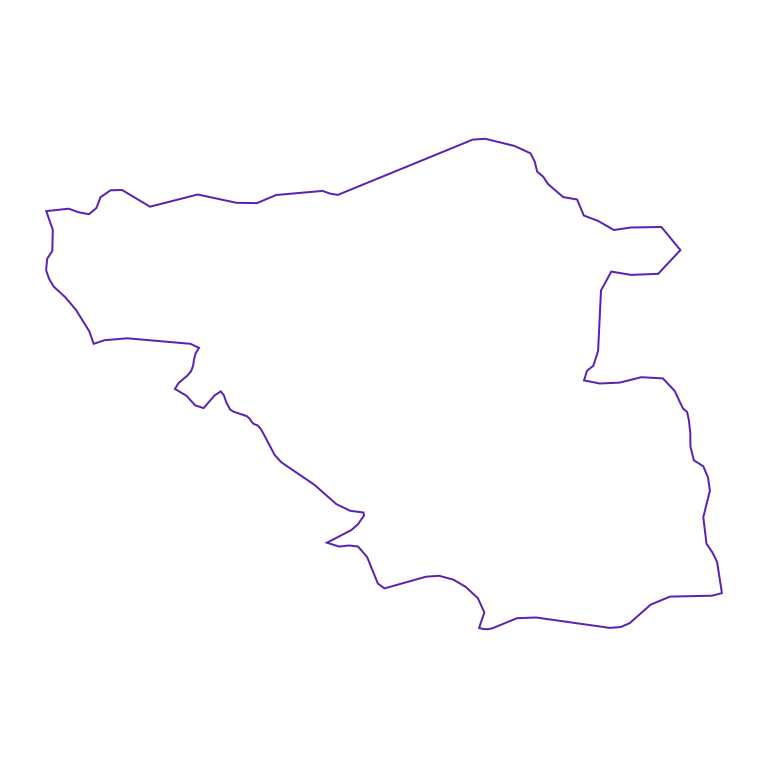 SVG path tracing the border of Samtskhe-Javakheti
{"feature_id": "GEO-3038", "entity_name": "Samtskhe-Javakheti", "entity_type": "Region", "adm_level": 1, "iso_a3": "GEO", "parent_name": "Georgia", "parent_adm1": "", "projection": "mercator", "projection_center": [43.25, 41.511], "detail": "fine", "context": "isolated", "style": "outline", "palette": "violet", "viewbox_px": 768, "rotation_deg": 0, "n_neighbors": 0, "source": "natural_earth", "source_scale": "10m", "svg_char_len": 1706}
<svg xmlns="http://www.w3.org/2000/svg" viewBox="0 0 768 768"><path d="M203.6,408.1L195.1,405.3L186.5,395.8L174.9,388.9L178.7,382.9L187.6,375.4L191.2,371.0L193.1,365.6L194.0,359.6L195.5,353.6L199.0,347.9L190.4,343.8L127.3,338.3L104.5,340.2L95.6,343.2L93.7,343.8L89.2,331.1L75.9,309.8L65.4,297.4L53.5,286.4L49.1,278.8L46.1,270.2L47.2,258.8L52.3,250.8L52.8,229.8L48.3,217.0L46.3,211.1L68.7,208.7L78.7,212.3L89.0,214.2L96.4,208.0L100.5,197.2L110.5,190.3L122.1,190.0L150.0,206.7L197.7,194.5L236.5,202.8L256.9,203.1L276.2,195.0L322.6,190.9L330.3,193.7L337.8,194.9L472.7,139.6L485.3,138.8L514.6,146.0L530.6,153.4L534.8,161.8L537.2,171.7L543.3,176.8L547.8,183.8L563.2,197.1L577.1,199.5L583.8,215.5L598.4,221.1L613.9,230.0L631.0,227.5L661.4,227.0L680.4,250.1L658.2,273.8L631.2,274.9L611.3,271.6L601.0,290.5L598.1,350.9L593.4,365.6L587.0,370.8L584.0,380.4L599.8,383.5L619.7,382.6L641.4,377.2L662.9,378.4L674.7,391.0L682.9,408.4L687.1,412.0L688.9,420.3L690.3,433.2L690.4,446.4L693.9,460.3L703.3,466.3L708.1,477.8L709.9,490.7L703.3,517.2L706.5,543.7L712.4,552.4L717.1,561.9L721.9,593.0L721.7,593.2L711.8,595.7L670.0,596.6L650.7,604.6L629.6,623.2L620.8,627.0L609.7,627.9L536.1,617.5L516.9,618.2L492.6,628.2L488.1,629.2L483.7,629.1L479.1,628.0L484.3,612.4L477.9,598.2L465.7,586.9L453.3,579.6L439.1,575.8L426.0,576.7L384.4,588.4L377.9,583.6L367.1,557.0L358.0,546.5L349.1,545.5L339.1,546.6L326.9,542.7L351.3,530.1L357.9,524.3L364.0,515.6L363.4,512.5L350.2,510.8L336.3,504.1L314.5,484.9L281.2,462.2L274.7,455.0L261.2,429.5L257.7,425.5L253.7,423.9L251.5,421.5L249.7,418.8L246.9,416.2L233.6,411.7L230.2,409.6L226.5,402.9L223.9,395.3L220.7,391.4L214.7,395.3L203.6,408.1Z" fill="none" stroke="#5b21b6" stroke-width="2"/></svg>